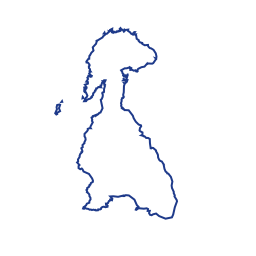 the district of Banggai, Sulawesi Tengah, Indonesia, rotated 292°
{"feature_id": "22746128B48169474795911", "entity_name": "Banggai", "entity_type": "district", "adm_level": 2, "iso_a3": "IDN", "parent_name": "Indonesia", "parent_adm1": "Sulawesi Tengah", "projection": "natural_earth1", "projection_center": [122.763, -1.049], "detail": "fine", "context": "isolated", "style": "outline", "palette": "blue", "viewbox_px": 256, "rotation_deg": 292, "n_neighbors": 0, "source": "geoboundaries", "source_scale": "gbopen_adm2", "svg_char_len": 5815}
<svg xmlns="http://www.w3.org/2000/svg" viewBox="0 0 256 256"><g transform="rotate(292 128 128)"><path d="M61.6,202.2L64.7,202.3L72.0,201.1L78.4,200.9L79.5,200.1L82.0,196.7L83.1,196.6L84.7,194.8L85.9,194.4L88.8,191.3L91.0,190.0L95.0,189.2L98.7,186.1L100.8,182.5L100.6,181.4L101.4,180.5L101.7,179.2L103.8,177.1L107.8,174.5L107.7,174.1L107.8,174.4L109.6,172.0L109.6,170.2L110.2,168.8L111.9,167.0L114.3,165.8L115.7,164.2L115.5,163.9L115.8,164.2L116.8,162.8L117.7,162.4L118.9,158.9L118.6,157.6L117.9,157.3L117.7,156.6L122.2,154.0L126.0,152.3L126.3,150.4L125.6,148.5L126.4,146.7L126.5,145.0L125.9,146.1L126.4,144.7L126.2,143.1L127.2,143.9L129.3,143.1L129.6,140.3L130.1,139.6L132.6,139.1L134.5,139.6L135.3,139.1L135.2,136.6L136.8,132.8L139.2,129.6L141.2,127.9L144.7,122.0L143.4,118.2L144.8,115.3L144.7,114.9L143.9,115.7L144.1,114.8L144.5,114.8L146.0,113.3L147.1,113.2L148.4,112.2L150.8,112.0L151.6,111.4L153.0,111.4L154.1,112.3L154.7,112.4L154.6,112.0L155.1,112.3L156.9,111.1L159.5,110.7L165.5,108.5L167.7,108.4L168.2,107.6L168.4,108.6L170.4,109.6L172.2,109.5L171.9,108.7L170.8,108.0L171.1,107.7L170.6,106.7L170.9,106.5L170.7,106.0L171.3,106.3L172.4,104.7L171.8,105.6L171.8,107.7L172.3,108.1L172.5,107.4L172.4,108.2L172.8,108.4L174.3,108.0L174.5,106.5L175.0,106.1L175.7,106.7L176.0,106.1L175.6,105.4L175.0,105.8L174.3,105.4L174.3,104.7L175.5,104.1L175.3,103.7L176.3,103.5L176.6,102.5L177.8,101.7L178.9,100.0L182.1,102.6L182.9,104.5L184.6,106.4L184.1,107.0L184.3,108.0L184.9,107.6L184.8,108.6L184.1,108.6L183.8,107.9L182.7,108.4L183.5,109.9L183.3,111.9L184.3,113.3L183.5,114.3L183.7,115.4L184.2,115.7L185.5,115.0L186.7,115.3L189.4,117.7L191.1,120.3L194.6,121.5L194.3,121.7L195.4,122.6L196.7,126.3L197.6,127.1L202.5,128.2L202.8,127.7L202.8,128.2L205.0,127.6L207.6,125.8L210.0,122.4L210.5,119.7L210.3,118.4L210.7,117.2L211.5,115.9L212.5,115.4L211.0,112.5L211.3,110.0L211.6,109.3L212.2,109.2L211.9,107.1L212.7,105.3L213.4,105.1L214.0,102.6L216.7,101.0L216.9,100.3L217.8,100.3L217.5,99.7L217.8,99.0L216.4,97.8L216.7,95.3L217.5,94.2L218.1,91.5L219.3,91.3L217.8,88.7L217.9,88.1L216.5,88.5L215.8,88.1L216.9,86.6L217.2,84.5L217.8,83.6L216.8,83.2L215.6,84.7L215.2,84.6L214.8,84.1L215.2,84.1L215.0,83.4L213.3,82.1L213.0,81.4L212.4,81.8L213.0,81.4L212.4,81.2L211.7,79.6L211.4,79.8L212.1,79.1L212.0,78.2L211.4,78.9L211.2,78.2L210.7,78.3L210.7,78.0L211.1,78.1L210.9,77.2L214.1,76.2L212.2,74.6L211.1,75.1L210.5,74.7L210.5,74.0L210.1,74.3L207.6,73.2L207.1,72.4L203.5,70.5L202.5,70.5L197.3,66.6L197.3,67.6L197.2,66.5L194.1,66.8L189.6,65.1L186.8,67.0L186.8,67.9L186.8,67.0L183.9,65.8L181.8,65.6L181.7,66.6L181.8,65.6L180.3,65.2L177.7,66.1L177.4,65.4L174.0,64.5L173.2,65.0L173.6,66.3L173.1,67.5L173.4,67.9L173.0,67.5L172.4,68.5L171.4,68.7L171.1,69.8L171.1,69.0L170.5,68.6L169.0,69.3L168.3,70.7L166.9,71.4L166.4,72.2L166.0,71.3L165.5,71.8L163.9,71.6L163.2,73.4L162.6,73.5L162.7,74.9L162.2,74.9L162.1,74.1L161.5,74.1L161.4,72.6L160.8,72.7L162.4,71.5L160.8,71.9L159.4,71.5L158.5,72.6L155.6,72.1L155.9,72.7L155.6,73.6L154.1,74.2L152.1,72.0L151.7,73.1L151.7,72.6L150.8,72.9L150.3,74.3L149.7,74.6L148.8,74.5L148.7,73.9L148.0,73.6L147.0,74.2L147.5,73.0L145.7,73.6L145.1,74.5L145.0,75.9L142.8,78.2L141.4,78.2L140.1,77.5L136.4,77.3L137.2,79.1L139.0,79.5L141.1,81.9L142.8,82.9L143.1,82.4L145.4,83.3L147.1,82.7L148.6,83.5L150.4,83.4L150.6,83.9L152.8,83.7L153.0,84.4L154.8,85.1L155.5,87.3L155.7,86.8L155.9,87.2L156.9,86.7L157.1,87.3L160.3,87.0L161.0,87.7L161.9,86.9L162.1,87.6L163.3,87.9L163.7,89.0L163.2,88.9L163.2,89.3L160.4,89.0L159.5,90.4L159.0,90.0L158.2,90.9L155.1,91.2L152.9,92.1L152.1,92.2L151.4,91.1L150.7,91.0L149.2,92.3L147.4,92.8L145.1,92.8L143.9,92.2L136.8,97.0L132.0,96.7L131.3,95.7L129.8,95.3L127.9,94.0L128.6,93.9L126.2,91.4L125.9,91.7L125.3,91.3L126.5,90.9L124.5,90.8L124.0,90.3L122.2,91.8L121.1,91.9L120.1,93.2L115.5,92.7L114.2,92.9L113.8,93.5L113.4,92.4L112.1,91.0L111.0,91.5L109.8,91.3L106.3,89.9L104.0,90.8L102.9,92.2L101.2,93.1L98.3,92.9L97.7,93.3L95.1,92.2L93.3,93.2L91.8,92.3L89.5,94.4L88.6,94.5L88.2,93.8L87.3,94.1L86.4,93.5L84.2,93.5L83.1,94.0L80.1,93.4L78.3,94.3L77.0,93.7L75.5,96.9L74.2,96.4L72.3,97.2L71.9,99.2L73.1,100.3L72.6,101.4L71.0,103.1L70.8,109.0L67.8,113.6L66.1,115.2L64.9,115.6L63.0,114.2L61.6,114.4L60.9,113.7L60.2,114.1L59.2,113.5L58.6,113.8L57.0,112.6L55.8,113.2L54.9,112.7L53.7,114.1L53.1,114.0L52.5,116.0L51.8,117.1L50.2,117.9L49.4,119.2L47.8,120.0L45.7,119.6L44.2,120.1L42.4,118.2L40.6,118.1L38.9,117.2L38.1,117.4L37.6,119.4L38.1,121.4L37.9,123.1L38.5,124.1L38.4,125.2L39.4,126.7L39.5,128.6L39.9,128.7L39.8,129.7L40.5,131.0L41.4,130.9L42.0,132.6L42.8,133.3L44.0,133.1L45.2,133.9L46.0,135.1L46.1,136.7L47.3,138.5L48.4,138.2L48.9,137.0L48.6,136.4L49.4,136.0L49.4,136.5L50.6,137.0L51.0,137.6L53.0,137.6L54.0,138.5L54.7,138.3L54.7,138.9L55.2,138.9L55.1,140.2L56.5,140.0L57.9,137.2L59.2,139.9L60.5,144.6L63.7,149.1L63.2,149.3L63.5,150.1L64.9,151.1L65.8,154.1L64.0,160.8L59.8,165.1L58.8,167.4L58.2,167.4L57.0,165.9L55.2,165.8L55.2,166.3L57.6,167.9L59.1,172.9L60.5,175.4L60.4,176.9L58.5,177.3L59.3,179.2L57.0,179.4L55.8,180.9L56.0,182.6L57.4,183.6L59.2,186.1L58.0,189.8L58.0,196.8L61.6,202.2ZM122.8,53.7L120.5,54.0L118.8,55.1L114.4,55.0L113.7,56.5L114.4,57.1L115.3,56.4L118.2,58.7L120.5,56.6L124.1,56.4L124.2,55.8L122.8,53.7ZM37.3,117.4L37.6,116.5L36.5,116.5L36.6,117.4L37.3,117.4ZM139.0,75.3L139.7,74.8L139.9,74.4L138.5,74.7L139.0,75.3ZM175.9,108.1L174.6,107.9L174.5,108.1L175.9,108.1ZM207.1,70.9L207.6,70.5L206.8,70.3L207.1,70.9ZM127.6,57.2L128.1,56.8L127.3,56.6L127.6,57.2ZM155.7,72.1L155.6,71.2L155.4,72.0L155.7,72.1ZM219.5,98.5L219.3,97.9L218.8,97.7L219.0,98.4L219.5,98.5ZM149.2,72.9L149.0,72.4L148.4,72.9L148.7,73.0L149.2,72.9ZM177.2,107.4L176.9,107.2L177.1,107.5L176.0,107.7L176.8,107.9L177.2,107.4ZM175.4,107.5L175.8,107.5L175.2,107.0L175.4,107.5Z" fill="none" stroke="#1e3a8a" stroke-width="2"/></g></svg>